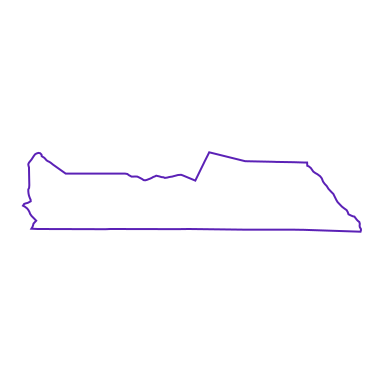 Governador Newton Bello, Maranhão, Brazil (Albers equal-area conic projection)
{"feature_id": "56859067B61674045993248", "entity_name": "Governador Newton Bello", "entity_type": "district", "adm_level": 2, "iso_a3": "BRA", "parent_name": "Brazil", "parent_adm1": "Maranhão", "projection": "albers", "projection_center": [-45.972, -3.404], "detail": "fine", "context": "isolated", "style": "outline", "palette": "violet", "viewbox_px": 384, "rotation_deg": 0, "n_neighbors": 0, "source": "geoboundaries", "source_scale": "gbopen_adm2", "svg_char_len": 2025}
<svg xmlns="http://www.w3.org/2000/svg" viewBox="0 0 384 384"><path d="M360.5,231.7L361.0,230.0L360.8,228.7L359.9,227.4L359.6,225.9L359.8,223.8L359.3,222.0L357.7,220.7L356.7,219.6L354.4,216.6L352.9,216.3L351.0,215.5L348.5,214.3L347.7,212.0L346.6,210.1L344.2,208.4L341.9,206.6L339.5,204.1L337.6,202.1L336.4,200.1L334.2,195.7L333.4,194.0L331.2,191.8L328.5,188.9L326.7,186.0L324.8,184.0L323.9,182.8L323.0,181.5L321.8,178.4L320.2,176.3L317.4,174.2L315.4,173.1L313.3,171.6L310.8,168.0L308.7,166.3L307.3,165.8L307.1,162.5L303.4,162.5L293.7,162.2L275.8,161.9L274.0,161.8L245.2,161.2L237.9,159.4L209.2,152.3L208.1,154.6L204.5,161.7L203.8,163.2L200.9,169.1L197.7,175.7L195.3,180.6L190.5,178.6L189.3,178.1L182.8,175.4L181.1,174.8L179.7,174.9L178.1,175.0L176.9,175.3L175.5,175.7L173.9,176.1L172.2,176.6L170.6,176.8L169.0,177.1L167.1,177.6L164.8,177.9L163.6,177.3L161.5,177.1L159.3,176.4L157.5,176.0L156.2,175.7L154.9,176.4L153.2,177.0L151.7,177.9L150.2,178.6L148.6,179.2L146.8,179.9L145.2,180.3L143.6,180.1L142.4,179.2L140.2,178.0L138.8,177.3L137.3,176.6L135.3,176.5L133.0,176.6L131.5,176.6L130.3,175.9L128.9,175.2L127.4,174.0L125.0,173.6L116.7,173.6L104.8,173.6L98.7,173.6L81.1,173.6L78.1,173.6L71.9,173.6L65.7,173.6L53.0,164.6L50.9,162.9L49.4,161.9L47.9,161.2L46.5,160.3L45.5,159.1L44.3,157.8L41.7,156.2L41.5,154.6L40.1,153.2L38.4,152.9L36.5,153.5L35.1,154.3L33.8,156.0L32.7,157.7L31.6,159.4L30.4,160.9L29.0,162.6L28.3,164.2L28.5,165.7L29.0,167.5L29.0,169.0L29.1,175.1L29.3,185.2L29.1,187.9L28.3,189.5L28.3,191.2L28.5,193.3L28.8,194.9L29.2,196.3L29.9,198.2L30.6,199.7L30.7,201.3L29.6,201.9L27.7,202.9L26.0,203.3L24.2,203.9L23.0,205.7L24.9,206.7L27.2,208.5L28.4,210.1L29.3,211.7L30.2,214.0L31.6,216.0L33.4,217.8L34.4,218.8L36.2,220.7L34.6,222.4L33.5,223.6L33.1,225.2L32.5,226.9L31.4,228.7L37.6,229.0L105.6,229.2L110.2,229.0L158.4,229.1L164.7,229.1L167.5,229.1L180.8,229.1L188.7,229.0L247.9,229.7L257.7,229.7L261.8,229.7L293.2,229.7L295.2,229.7L301.5,229.8L303.0,229.8L360.5,231.7Z" fill="none" stroke="#5b21b6" stroke-width="2"/></svg>